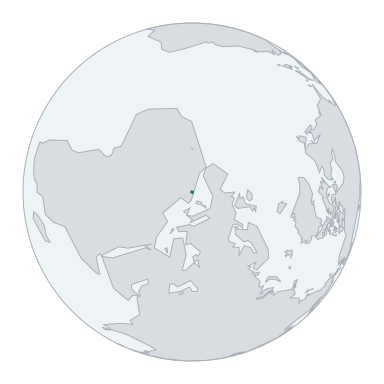 Mila highlighted on a globe, orthographic projection, rotated 119°
{"feature_id": "DZA-2220", "entity_name": "Mila", "entity_type": "Province", "adm_level": 1, "iso_a3": "DZA", "parent_name": "Algeria", "parent_adm1": "", "projection": "orthographic", "projection_center": [6.134, 36.259], "detail": "fine", "context": "on_globe", "style": "filled", "palette": "teal", "viewbox_px": 384, "rotation_deg": 119, "n_neighbors": 0, "source": "natural_earth", "source_scale": "10m", "svg_char_len": 10198}
<svg xmlns="http://www.w3.org/2000/svg" viewBox="0 0 384 384"><g transform="rotate(119 192 192)"><circle cx="192" cy="192" r="169" fill="#eef3f6" stroke="#a8b0b8"/><path d="M96.0,53.0L106.8,46.9L102.3,49.6L105.8,47.9L111.7,44.6L114.7,42.9L134.9,35.8L155.0,29.6L159.3,27.6L160.0,28.4L166.9,25.2L176.5,23.8L166.8,25.5L166.8,25.9L173.9,24.8L175.4,25.0L179.7,24.8L180.8,25.3L175.1,26.8L175.7,27.3L180.7,26.5L185.0,26.9L177.6,27.9L184.3,28.8L176.0,32.4L155.1,36.3L151.6,40.3L133.1,50.0L135.9,50.1L130.7,54.5L132.1,56.5L128.3,58.1L132.6,58.3L135.8,56.5L138.8,56.0L139.9,57.2L135.3,59.3L134.0,59.1L133.2,60.3L130.4,61.0L132.4,61.3L126.6,64.1L133.9,63.1L130.6,66.8L126.3,68.2L124.8,65.7L111.2,64.2L106.4,65.6L101.2,69.7L95.5,81.8L91.0,84.6L86.4,90.1L89.7,89.4L94.5,84.9L99.6,85.4L104.9,80.3L107.7,79.9L113.9,76.0L115.0,79.3L112.8,84.7L107.7,88.2L106.5,90.9L113.1,89.9L105.2,99.4L102.9,111.0L100.6,113.4L93.2,113.1L88.9,106.5L79.2,107.8L87.6,109.9L81.8,116.6L81.7,119.1L83.2,120.6L86.2,119.4L84.7,122.5L75.9,121.1L77.1,118.3L79.9,118.6L77.9,115.7L71.9,115.6L69.4,119.4L63.0,116.5L61.2,119.4L58.7,120.6L62.1,116.1L55.9,124.3L48.0,124.7L39.4,139.5L45.6,124.2L46.4,119.2L46.6,114.9L45.1,117.2L47.5,109.4L46.1,108.6L40.5,117.6L35.6,128.3L33.5,135.5L35.2,132.8L35.1,136.8L30.1,146.2L29.0,156.9L26.2,165.9L25.2,173.6L25.9,176.6L26.2,183.6L28.2,181.1L30.7,183.1L28.9,191.3L31.7,186.8L32.1,193.6L38.1,203.4L37.1,204.5L41.9,222.5L50.0,235.6L51.8,243.6L50.6,246.1L54.0,250.2L54.1,252.6L70.4,268.0L80.8,279.6L81.9,287.5L76.0,291.8L77.2,306.0L68.3,302.9L70.5,307.6L71.3,310.3L62.8,300.8L54.9,290.8L47.9,280.2L41.7,269.1L36.3,257.6L31.8,245.7L28.2,233.5L25.6,221.1L23.8,208.5L23.7,205.4L23.3,199.6L24.6,194.6L25.6,182.1L25.6,178.3L24.6,180.0L25.7,165.4L27.9,154.5L33.4,133.6L38.4,121.6L44.2,110.1L50.9,99.0L58.5,88.5L66.8,78.5L75.9,69.3L85.6,60.7L96.0,53.0ZM36.8,143.7L35.8,160.5L34.0,155.7L34.8,155.5L35.5,150.2L36.2,142.9L35.3,139.4L36.8,143.7ZM41.7,140.5L41.7,138.2L42.1,139.8L41.7,140.5ZM115.8,42.2L111.6,44.6L105.8,47.7L109.1,45.6L115.8,42.2ZM127.1,37.2L125.6,38.2L121.8,39.3L123.8,38.4L127.1,37.2ZM162.1,26.4L158.5,27.2L161.5,26.4L162.1,26.4ZM180.1,24.6L180.6,24.4L182.6,24.4L180.1,24.6ZM112.9,74.6L113.3,75.3L111.9,75.6L112.9,74.6ZM115.1,72.3L113.1,72.2L113.9,71.1L115.1,71.2L115.1,72.3ZM186.2,25.4L189.2,25.7L185.2,25.6L186.2,25.4ZM117.4,72.7L115.5,69.2L116.8,67.4L122.6,66.3L117.4,72.7ZM190.3,26.0L197.7,27.1L199.6,26.5L198.5,29.2L192.6,27.1L187.2,27.0L190.4,26.6L190.3,26.0ZM136.4,55.4L133.0,57.4L134.8,54.8L136.4,55.4ZM136.8,53.9L138.2,47.2L143.7,45.1L142.1,47.6L148.5,44.4L150.6,46.6L147.5,48.9L143.5,49.7L147.4,50.0L136.8,53.9ZM196.7,30.7L197.6,31.3L195.5,31.0L196.7,30.7ZM140.2,55.7L139.9,54.4L144.7,52.4L146.1,54.7L144.1,54.6L140.2,55.7ZM149.2,42.6L153.0,41.7L155.7,43.2L157.5,43.1L151.1,46.5L149.2,42.6ZM143.5,55.6L146.6,55.9L145.3,57.9L140.7,56.8L143.5,55.6ZM145.4,51.0L147.7,50.2L146.9,51.4L145.4,51.0ZM142.6,65.7L142.2,64.0L144.6,62.7L142.6,65.7ZM147.8,55.9L148.3,55.2L149.2,54.6L150.9,55.3L147.8,55.9ZM153.4,47.4L153.8,48.3L156.2,46.1L158.3,47.3L153.7,49.4L156.6,49.1L157.2,49.5L152.7,50.8L153.4,47.4ZM155.4,54.2L150.2,57.7L150.4,61.1L148.2,62.3L148.3,56.6L155.4,54.2ZM154.2,52.0L154.4,53.6L151.6,54.1L149.7,53.3L154.2,52.0ZM161.5,47.5L159.4,45.0L160.5,44.7L161.5,47.5ZM156.0,55.1L157.2,54.2L156.4,55.3L156.0,55.1ZM160.4,49.6L159.5,48.7L160.8,48.4L160.4,49.6ZM160.5,53.4L158.8,54.5L157.4,53.9L160.5,53.4ZM160.9,51.6L162.8,51.3L157.9,53.1L160.3,51.2L160.9,51.6ZM161.8,49.4L162.2,48.9L161.9,49.9L161.8,49.4ZM166.6,55.1L160.8,57.5L157.7,56.2L163.8,54.0L166.6,55.1ZM312.0,73.1L308.2,69.4L308.7,70.3L305.7,67.7L311.3,73.7L307.2,70.2L313.5,77.0L315.7,78.4L312.3,74.1L319.5,82.0L321.5,83.5L323.0,85.4L332.9,98.7L341.3,113.0L344.2,118.8L345.5,121.5L345.3,121.7L348.7,130.0L351.1,135.1L356.5,153.3L356.0,153.7L358.5,164.8L359.0,166.1L359.7,171.1L359.5,169.8L359.3,169.7L357.4,160.5L353.6,150.6L354.3,157.6L352.4,152.4L347.3,146.9L347.2,156.9L348.3,180.9L351.5,195.1L350.6,204.7L341.9,191.4L336.3,179.5L334.3,183.9L324.5,178.3L310.7,189.2L307.8,186.6L305.4,190.4L298.3,190.4L293.5,185.8L289.6,188.4L302.4,200.3L306.4,197.5L308.3,188.7L311.2,193.8L317.9,195.0L314.1,214.1L292.0,239.7L288.3,229.6L263.1,205.4L263.0,201.5L262.8,201.1L262.4,200.5L261.8,207.1L256.9,201.9L272.1,220.6L275.3,229.4L291.7,240.5L290.6,242.9L295.4,244.2L308.8,232.8L309.2,236.4L303.9,256.5L283.9,286.6L285.6,298.5L282.7,309.4L268.2,320.6L267.5,327.2L259.8,331.7L258.0,335.4L250.6,340.6L239.1,346.1L221.7,349.3L222.1,346.7L215.7,341.9L207.5,326.4L213.6,317.3L212.7,310.3L199.9,294.4L202.8,284.3L199.0,280.2L191.3,281.5L186.7,276.4L181.9,276.3L150.9,278.3L140.6,270.2L126.2,245.8L131.1,237.5L130.5,226.5L163.3,191.7L172.1,194.4L199.9,188.6L203.7,189.8L202.3,199.1L224.7,207.4L229.7,199.0L248.2,201.2L259.2,197.8L259.8,180.1L241.7,185.2L236.7,177.9L249.7,166.7L265.3,162.6L263.9,159.7L252.5,155.8L254.4,148.8L248.3,154.1L252.0,156.4L248.2,160.0L244.7,158.1L245.5,155.5L240.4,155.5L237.7,168.3L241.1,172.0L228.6,177.1L233.1,184.1L230.3,188.3L221.6,178.2L221.2,173.9L206.4,163.7L205.6,168.5L219.6,178.7L216.0,178.3L215.0,185.7L212.9,179.8L197.8,168.1L185.5,171.8L172.5,189.9L164.7,191.3L156.9,187.5L158.9,169.4L176.1,168.6L177.0,162.8L171.2,154.5L176.9,155.2L176.7,151.9L182.9,151.3L189.5,143.1L195.5,141.8L195.9,131.8L199.0,130.0L197.9,136.3L200.3,140.3L215.0,137.7L217.2,135.2L216.2,129.1L220.4,129.4L217.6,123.9L225.0,119.9L213.6,120.3L212.2,113.9L215.5,108.1L213.0,106.2L207.7,115.7L207.4,119.5L210.5,122.5L207.9,133.8L203.4,136.3L198.3,125.3L191.3,127.8L190.4,118.7L205.2,97.7L212.4,92.9L229.1,97.6L228.7,101.9L222.5,102.2L230.2,107.5L228.6,104.4L232.1,104.9L231.6,99.4L234.0,99.5L229.4,94.2L232.3,93.8L235.2,97.1L237.0,89.2L242.5,87.3L241.7,85.5L239.3,84.1L247.9,82.9L246.9,81.7L243.8,81.5L239.8,79.1L236.2,74.6L239.4,74.4L241.1,76.0L249.5,79.4L253.6,84.1L254.5,83.6L251.7,79.5L241.5,75.3L238.4,72.6L243.4,74.0L241.3,73.3L240.8,71.9L243.2,70.5L237.8,68.8L227.6,55.8L231.3,52.3L236.8,54.7L233.0,46.8L237.5,44.4L234.5,44.2L230.8,40.9L229.3,41.5L227.6,41.2L217.3,34.1L217.3,32.7L209.5,30.3L208.0,30.3L207.5,31.1L198.5,29.2L199.6,26.5L203.0,26.6L201.4,25.3L209.3,25.8L215.1,25.9L224.6,27.9L228.3,28.2L227.3,27.7L231.6,28.1L244.1,31.3L238.6,30.7L220.7,28.3L228.4,29.2L228.1,29.8L231.7,30.7L237.0,31.6L236.7,31.2L252.3,38.2L267.8,44.5L263.4,41.1L264.8,40.8L278.6,47.2L302.9,64.8L305.0,66.4L312.0,73.1ZM154.2,210.9L153.8,214.3L154.2,210.9ZM283.4,166.8L291.7,163.1L285.1,154.6L287.7,152.6L284.5,150.6L284.6,154.0L276.3,148.2L278.8,143.3L276.4,139.3L273.5,140.4L270.2,150.4L282.0,158.6L281.3,163.8L283.4,166.8ZM38.3,203.6L38.8,206.4L37.7,204.9L38.3,203.6ZM32.5,158.2L32.9,160.5L32.6,162.8L32.1,161.6L32.5,158.2ZM38.6,176.1L39.6,179.1L38.0,177.3L38.6,176.1ZM35.9,163.0L37.7,173.9L34.7,171.4L33.8,164.6L35.2,167.3L35.9,163.0ZM39.0,144.0L39.0,145.9L38.2,146.9L39.0,144.0ZM42.0,141.7L41.8,141.3L42.4,139.5L42.0,141.7ZM82.3,116.6L83.0,116.8L83.9,118.9L82.4,118.9L82.3,116.6ZM95.2,123.1L92.4,128.0L93.3,124.4L90.5,125.1L88.9,118.6L99.4,114.3L94.9,117.3L95.2,123.1ZM89.7,109.4L89.5,113.6L89.3,109.2L89.7,109.4ZM169.1,135.7L172.0,137.7L170.6,141.6L163.0,144.2L164.8,138.6L169.1,135.7ZM176.3,139.8L173.4,128.8L178.0,127.0L175.9,129.8L179.3,129.7L176.8,134.3L184.1,143.9L183.4,148.0L169.7,150.0L174.5,146.9L171.4,145.0L176.3,139.8ZM157.8,107.3L156.6,103.5L168.2,104.5L168.0,108.0L160.4,110.6L156.2,108.0L157.8,107.3ZM127.9,71.9L126.7,71.2L128.0,70.4L130.1,70.6L127.9,71.9ZM142.2,65.0L134.6,75.0L132.8,74.5L130.4,81.4L124.9,82.9L126.6,78.3L120.5,84.9L119.8,81.3L116.3,86.1L120.6,75.6L119.8,72.9L122.9,75.2L128.0,73.8L130.0,72.5L134.9,66.7L135.6,60.8L140.8,58.9L144.3,59.1L144.9,60.2L141.3,61.0L144.7,62.0L140.0,64.1L142.2,65.0ZM182.3,68.1L177.9,67.7L183.9,71.7L179.3,73.1L180.3,73.4L177.6,75.9L176.2,79.7L173.8,79.9L174.2,81.3L172.5,83.2L172.3,85.3L168.0,86.4L167.4,89.2L165.6,88.2L165.8,92.7L163.7,89.9L161.3,92.3L164.6,93.7L141.6,96.9L133.5,101.1L127.9,106.2L125.1,101.3L128.5,93.6L135.2,85.7L143.4,82.7L140.6,81.3L143.7,79.5L144.6,81.4L145.1,77.5L147.8,76.6L153.8,70.8L152.8,66.1L154.9,64.1L156.7,65.5L157.6,62.5L162.5,63.8L164.1,62.5L170.5,62.6L173.0,66.4L174.7,64.6L179.7,64.9L182.3,68.1ZM168.4,55.2L172.5,59.0L171.9,61.7L160.9,60.4L158.8,61.4L151.7,61.1L152.7,57.2L154.6,57.6L156.7,57.2L155.5,58.5L158.0,57.1L160.8,57.7L163.4,56.8L164.0,58.2L168.4,55.2ZM206.9,186.0L209.6,186.1L213.6,185.1L213.1,190.0L206.9,186.0ZM196.5,178.1L198.8,177.3L200.1,183.2L197.2,183.4L196.5,178.1ZM199.0,172.0L198.8,176.8L197.3,174.3L199.0,172.0ZM199.9,135.3L202.2,134.3L202.9,135.6L202.1,138.0L199.9,135.3ZM199.3,81.7L196.9,80.7L197.3,79.9L194.3,75.9L197.5,74.8L200.6,76.7L199.3,81.7ZM257.4,183.9L254.8,188.1L252.9,187.1L254.1,185.8L257.4,183.9ZM233.4,189.8L239.4,190.7L233.2,191.2L233.4,189.8ZM202.3,79.9L200.7,78.3L203.3,78.7L202.3,79.9ZM199.7,73.8L202.6,73.9L197.5,74.2L199.7,73.8ZM305.9,296.7L292.4,317.9L286.1,321.0L286.5,317.0L292.6,305.3L300.5,298.7L304.8,291.8L305.9,296.7ZM360.8,184.0L360.2,180.5L360.2,177.2L360.3,177.5L360.8,184.0ZM352.0,195.9L354.5,201.5L353.7,204.9L352.0,195.9ZM347.2,125.1L348.4,128.2L347.6,126.4L345.5,121.5L347.2,125.1ZM227.5,70.8L228.2,77.3L230.8,81.9L235.6,84.0L229.1,84.1L225.1,77.1L227.5,70.8ZM227.3,57.6L223.1,56.2L224.6,55.3L225.8,55.4L227.3,57.6ZM224.9,57.8L220.2,59.1L217.7,57.4L221.9,56.7L224.9,57.8ZM211.4,68.9L211.4,70.8L209.3,70.3L211.4,68.9ZM278.0,46.6L274.4,44.5L272.9,43.7L278.0,46.6ZM271.3,42.8L272.7,43.7L262.7,40.1L259.7,39.0L265.5,40.1L267.1,41.0L270.1,42.4L271.3,42.8ZM199.1,31.0L197.7,31.3L197.9,30.7L199.1,31.0ZM226.9,41.7L224.7,41.2L225.0,40.3L226.9,41.7ZM218.6,39.4L219.8,40.7L217.2,39.4L218.6,39.4ZM222.8,43.8L219.7,41.3L224.5,43.6L222.8,43.8Z" fill="#d9dde1" stroke="#a8b0b8" stroke-width="1"/><path d="M191.2,191.5L191.1,191.4L191.1,191.2L191.3,191.1L191.5,191.2L191.8,191.0L192.0,191.0L192.3,191.0L192.4,190.9L192.4,191.0L192.5,191.0L192.8,191.1L192.8,191.3L192.8,191.5L192.6,191.5L192.4,191.6L192.5,191.7L192.8,192.0L192.9,192.3L192.7,192.3L192.6,192.5L192.5,192.8L192.4,192.8L192.2,192.9L192.0,193.0L191.8,193.1L191.7,193.1L191.6,192.9L191.6,192.6L191.5,192.4L191.4,192.3L191.4,192.2L191.5,192.2L191.4,192.1L191.4,191.9L191.4,191.7L191.2,191.5Z" fill="#14b8a6" stroke="#0f766e" stroke-width="1.5"/></g></svg>